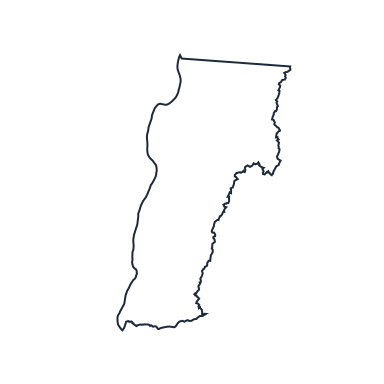 La Guadalupe, Guainía, Colombia (Equal Earth projection), rotated 204°
{"feature_id": "7082276B7133073110314", "entity_name": "La Guadalupe", "entity_type": "district", "adm_level": 2, "iso_a3": "COL", "parent_name": "Colombia", "parent_adm1": "Guainía", "projection": "equal_earth", "projection_center": [-67.046, 1.426], "detail": "fine", "context": "isolated", "style": "outline", "palette": "slate", "viewbox_px": 384, "rotation_deg": 204, "n_neighbors": 0, "source": "geoboundaries", "source_scale": "gbopen_adm2", "svg_char_len": 5955}
<svg xmlns="http://www.w3.org/2000/svg" viewBox="0 0 384 384"><g transform="rotate(204 192 192)"><path d="M129.7,86.3L131.1,85.8L131.4,85.3L131.8,84.8L132.4,83.8L133.3,84.8L133.7,86.4L134.5,87.2L135.2,88.5L137.4,89.3L137.8,89.9L138.5,88.7L139.0,89.6L139.6,90.3L139.5,91.8L141.3,92.5L142.9,92.2L143.0,94.1L142.1,97.5L144.5,98.5L145.2,98.4L145.8,99.3L146.3,99.4L147.0,98.9L148.3,99.6L147.8,100.9L147.0,101.4L146.7,103.4L146.0,105.1L145.9,106.0L146.3,106.4L146.8,107.2L147.7,108.2L147.8,109.3L147.3,111.6L148.2,112.5L147.4,113.3L147.8,114.6L149.1,116.1L148.8,119.6L149.2,122.2L150.7,123.8L150.4,126.1L149.6,126.9L149.8,128.9L148.5,130.2L148.4,131.5L149.2,133.3L148.8,136.0L147.3,136.6L147.8,137.8L149.0,141.7L148.6,145.5L149.6,147.7L151.0,148.5L151.1,149.1L151.0,149.7L151.5,150.6L151.8,151.7L152.3,152.9L150.8,155.7L152.0,157.7L154.0,158.8L154.1,159.8L152.9,161.0L153.3,162.3L155.3,163.9L157.0,163.2L157.9,164.0L158.2,166.0L158.1,166.7L158.2,168.2L158.1,169.8L158.6,171.0L159.0,174.0L157.5,176.8L156.4,177.2L156.6,178.7L156.6,180.2L156.5,181.3L156.2,181.3L155.9,182.3L155.4,183.5L155.5,186.3L154.4,187.0L155.4,188.2L155.3,188.7L155.2,190.1L154.5,192.0L156.6,191.8L157.0,192.4L158.1,193.1L157.0,194.9L155.9,195.4L155.9,195.9L154.4,196.6L154.4,198.0L154.4,198.9L155.5,200.9L156.2,202.8L157.5,202.2L157.4,203.4L157.3,205.4L157.4,207.0L155.9,206.9L157.0,209.5L158.1,210.9L157.4,212.0L156.6,212.9L157.0,216.5L157.8,219.3L157.2,220.3L155.5,222.4L157.0,223.0L157.7,223.6L158.5,223.5L159.4,223.8L159.6,224.5L159.8,225.3L159.6,225.5L159.2,227.2L158.9,227.6L158.1,228.0L157.7,228.6L157.0,229.0L156.2,229.6L155.1,229.5L154.4,230.6L154.0,231.0L153.7,232.1L152.9,231.5L152.0,231.6L152.2,233.8L153.3,235.1L153.6,236.7L152.7,237.8L152.0,238.9L149.2,238.5L148.5,239.6L147.7,240.5L147.3,243.3L145.5,243.0L145.1,243.6L143.6,244.5L143.7,245.1L143.4,246.1L141.4,244.5L141.4,243.6L138.6,243.0L136.3,243.3L137.0,241.6L136.2,241.1L135.0,240.0L135.1,238.6L134.6,237.4L132.7,237.6L131.8,240.6L131.4,241.1L131.0,241.7L130.7,240.6L129.3,241.3L127.7,240.1L126.0,239.8L125.9,241.1L125.3,241.8L125.9,243.2L125.4,249.9L123.9,251.6L124.0,253.2L124.0,254.2L124.0,255.7L123.9,256.7L127.4,257.2L128.0,258.2L128.8,258.7L128.7,260.7L128.8,262.5L128.7,263.9L129.4,266.7L130.7,267.2L131.0,268.3L132.1,269.7L132.6,272.5L135.4,273.7L134.7,274.8L134.3,275.3L135.5,275.8L136.3,277.0L137.5,276.1L138.5,279.8L138.0,280.8L137.7,282.4L136.6,283.7L136.9,284.3L137.7,284.8L139.2,285.9L140.6,285.8L141.8,286.4L144.3,287.2L144.7,289.4L145.5,289.8L146.7,291.0L148.4,290.8L148.9,293.9L148.8,295.9L149.4,297.3L149.0,299.7L148.1,300.0L148.0,301.8L148.4,302.9L148.9,304.2L148.4,305.4L151.0,307.7L151.0,308.5L151.0,309.3L152.8,310.1L152.0,313.0L152.5,318.0L152.9,319.0L153.3,320.1L154.4,320.0L154.3,323.7L154.7,325.1L156.6,325.8L156.6,327.0L156.0,327.8L155.5,328.5L155.1,331.1L152.9,332.5L152.8,334.5L154.0,335.6L154.0,336.9L156.2,338.3L154.9,339.8L153.6,340.6L152.5,342.6L151.8,343.5L152.1,344.2L152.7,344.9L153.3,345.8L153.4,346.6L255.8,309.7L257.1,311.0L258.6,312.2L258.7,310.5L258.1,306.7L257.7,305.0L257.5,304.3L257.0,302.5L256.3,300.5L255.2,298.5L254.0,297.0L252.3,295.3L250.5,293.4L248.6,290.9L247.4,288.6L246.9,286.6L246.5,284.5L246.0,282.6L245.8,280.3L245.2,277.8L245.1,274.8L245.2,272.6L245.7,270.6L247.2,266.6L248.6,263.9L250.0,262.0L251.4,261.0L255.4,260.0L257.1,259.7L258.7,258.1L259.5,255.8L260.1,253.4L260.0,251.2L259.9,248.7L259.8,245.9L258.8,242.8L258.0,233.5L257.0,230.4L256.7,228.2L256.2,225.5L255.0,222.7L253.1,219.4L251.9,217.0L250.1,212.4L248.9,210.3L247.9,208.7L246.0,207.0L243.7,205.7L242.1,205.1L240.7,204.7L238.6,203.4L236.1,202.1L234.1,199.6L232.7,196.7L232.5,195.2L231.9,193.6L231.5,191.4L231.5,188.8L231.7,186.2L231.9,183.6L232.5,181.8L232.1,179.0L231.9,170.9L232.1,168.0L233.0,164.0L233.2,158.9L232.5,153.7L232.3,150.3L231.1,147.7L229.1,141.2L228.6,139.3L228.4,136.5L227.6,129.7L227.0,127.2L226.2,124.4L224.7,121.4L223.2,118.7L222.1,115.3L221.9,112.9L220.2,108.6L219.3,106.9L218.6,105.2L218.2,103.5L216.8,101.5L215.5,99.9L213.7,98.9L211.9,98.6L210.8,97.9L209.1,95.0L209.1,93.1L208.8,92.1L208.8,90.1L209.3,88.8L209.9,87.4L210.5,83.5L210.7,80.9L210.6,79.3L211.0,75.3L210.8,72.9L210.8,71.7L210.1,68.6L209.2,65.4L208.4,62.3L208.8,57.3L208.9,56.1L209.1,54.0L209.1,53.0L209.0,52.0L209.1,51.0L209.3,50.1L209.4,49.2L209.3,48.1L209.0,46.9L208.5,45.8L207.8,44.4L207.2,43.3L206.4,41.9L205.7,41.0L204.9,40.3L203.9,39.6L202.1,38.6L200.3,37.6L199.2,37.4L198.7,40.5L199.4,46.7L198.2,47.8L197.6,48.2L197.2,48.2L196.9,47.9L196.5,47.9L196.0,48.2L195.6,48.2L195.3,48.6L195.0,49.0L194.1,49.0L193.7,48.9L193.5,48.6L193.3,48.1L192.9,47.8L192.6,47.8L192.4,48.1L192.1,48.2L191.5,47.7L191.1,47.5L190.5,47.3L188.9,47.2L188.7,47.2L188.5,46.9L188.3,46.8L188.1,46.9L188.0,47.1L188.0,47.7L187.8,48.0L186.7,48.7L186.4,49.0L186.1,49.4L185.9,49.6L185.1,49.9L184.6,50.2L184.1,50.2L183.9,50.2L183.7,50.4L183.4,50.7L183.2,50.9L182.8,51.0L182.4,51.1L182.2,51.2L181.8,51.6L181.5,51.8L181.0,51.9L178.2,53.1L177.8,53.2L177.1,53.2L176.3,52.7L175.9,52.6L175.7,52.7L175.3,53.5L174.9,53.6L174.3,53.5L173.4,53.1L173.0,53.1L172.6,53.2L172.2,53.7L171.9,53.9L170.9,54.4L170.3,54.5L169.8,54.4L169.3,54.3L168.3,53.7L167.8,53.3L167.6,53.1L167.2,53.1L166.8,53.2L166.4,53.5L165.6,54.6L164.9,55.3L163.8,56.1L162.0,57.4L161.4,57.8L160.8,58.2L160.2,58.6L159.6,59.1L159.0,59.3L158.3,59.7L157.7,60.0L156.4,60.3L155.1,60.8L153.8,61.0L153.5,61.1L153.2,61.3L152.9,61.6L152.6,62.0L152.2,62.9L152.0,63.9L151.9,65.1L151.5,66.8L151.1,67.9L150.8,68.4L150.5,68.8L150.0,69.2L149.0,69.9L148.6,70.3L148.2,70.4L147.9,70.5L146.8,70.4L146.2,70.5L145.5,71.5L144.3,72.8L144.0,73.1L143.6,73.2L142.9,72.9L142.6,73.0L142.2,73.1L141.7,73.4L140.6,73.8L140.1,74.1L139.7,74.6L139.2,75.6L138.8,76.1L137.8,77.0L137.3,77.3L136.8,77.6L136.3,77.9L136.2,78.1L136.1,78.6L136.0,78.9L135.4,80.1L135.0,80.7L134.8,81.4L134.5,81.8L134.2,82.0L133.4,82.2L133.1,82.4L132.7,82.6L132.2,82.9L131.8,83.4L131.6,83.5L129.7,86.3Z" fill="none" stroke="#1e293b" stroke-width="2"/></g></svg>